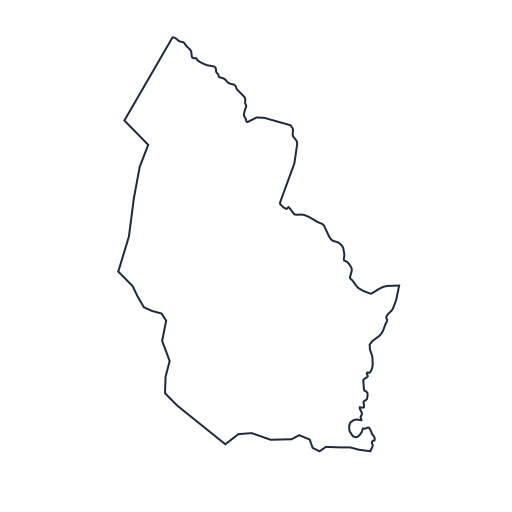 outline of Chari-Baguirmi, rotated 195°
{"feature_id": "TCD-5580", "entity_name": "Chari-Baguirmi", "entity_type": "Prefecture", "adm_level": 1, "iso_a3": "TCD", "parent_name": "Chad", "parent_adm1": "", "projection": "natural_earth1", "projection_center": [15.896, 11.139], "detail": "fine", "context": "isolated", "style": "outline", "palette": "slate", "viewbox_px": 512, "rotation_deg": 195, "n_neighbors": 0, "source": "natural_earth", "source_scale": "10m", "svg_char_len": 3387}
<svg xmlns="http://www.w3.org/2000/svg" viewBox="0 0 512 512"><g transform="rotate(195 256 256)"><path d="M102.4,119.4L100.6,117.8L97.9,114.2L94.8,111.7L94.2,110.8L93.8,108.7L94.4,108.0L95.3,107.8L95.8,106.8L95.7,105.4L95.1,104.6L94.5,104.0L94.2,102.9L94.2,101.2L94.8,98.8L95.0,97.0L106.5,95.5L115.3,95.5L126.5,92.6L139.1,89.7L144.1,83.8L151.6,85.3L156.6,92.6L167.9,94.1L174.2,88.2L194.3,82.3L214.3,83.8L226.9,79.4L236.9,66.2L293.3,91.1L308.4,99.9L312.1,116.0L312.2,132.1L318.4,140.9L324.7,149.7L326.0,170.2L332.3,176.0L342.3,176.0L351.1,177.5L359.9,186.3L367.4,195.0L385.0,205.3L383.8,241.9L388.9,279.9L391.4,312.1L388.9,335.5L418.2,352.8L393.2,445.6L391.4,445.8L390.4,445.6L389.3,445.3L387.6,444.3L385.9,443.7L384.2,443.5L382.4,443.7L381.6,443.7L380.7,443.3L379.5,442.3L377.2,440.6L372.8,438.1L371.9,437.2L371.5,436.7L371.2,436.0L369.6,432.0L369.2,431.5L368.7,431.1L368.0,430.9L366.9,431.0L365.5,431.5L364.9,431.5L364.4,431.2L364.2,430.6L362.9,429.8L360.7,429.0L356.2,428.0L352.6,427.6L351.9,427.7L345.7,428.2L344.9,428.0L344.0,427.5L343.1,426.3L342.2,423.6L341.7,423.2L340.1,422.0L339.2,421.1L338.5,420.0L338.2,419.5L337.8,419.2L334.2,419.2L331.7,418.6L330.7,418.1L328.5,416.5L327.5,416.0L324.2,415.7L322.3,415.9L321.5,415.8L320.6,415.4L319.4,414.5L318.8,413.7L318.4,413.0L317.9,412.3L317.1,411.7L308.8,406.9L307.8,406.0L307.4,405.5L307.1,405.0L306.8,404.3L306.2,401.2L305.9,400.5L304.6,399.0L304.3,398.4L304.2,397.6L304.5,393.9L304.4,390.2L304.2,389.4L304.0,388.7L303.6,388.1L303.2,387.6L301.8,386.3L301.4,385.8L301.0,385.2L300.7,384.6L300.4,384.0L300.0,383.4L299.4,383.2L298.7,383.3L291.2,390.0L283.7,391.6L256.5,391.2L253.7,388.9L252.8,387.2L252.4,384.7L251.9,382.6L251.4,381.5L250.8,380.8L250.3,380.4L248.4,379.2L247.5,378.5L246.2,377.1L245.5,375.9L245.1,374.1L242.9,355.3L246.6,314.0L246.5,313.4L246.0,312.3L241.9,310.0L238.7,309.3L237.3,311.6L236.2,311.1L229.7,306.1L227.4,306.4L222.7,307.8L219.9,308.1L215.2,307.5L205.3,304.7L200.6,304.2L198.2,303.0L190.9,294.3L188.4,291.9L186.4,290.8L184.3,290.5L181.3,290.5L179.3,290.1L177.2,289.1L175.4,287.9L174.0,286.6L172.1,282.7L171.0,280.1L170.6,278.2L170.4,275.5L169.7,274.5L168.4,274.3L166.4,273.8L164.5,272.7L162.3,270.9L160.4,268.8L159.7,266.4L159.7,259.3L158.4,258.2L157.4,257.8L156.4,257.3L152.1,253.6L149.9,252.2L148.7,251.5L143.0,250.0L136.5,249.3L135.7,249.3L135.0,249.5L134.4,249.9L134.0,250.3L133.2,251.4L132.7,251.9L131.7,252.7L129.1,255.7L125.1,259.1L123.4,260.1L121.0,261.2L110.1,264.5L109.2,249.8L110.1,240.9L110.7,238.7L113.5,233.9L114.3,231.6L114.2,230.1L113.7,229.3L113.0,228.7L112.7,227.6L112.7,226.0L113.3,223.8L114.0,216.3L114.8,213.5L116.0,211.0L121.6,203.9L123.3,199.9L121.8,195.3L118.4,190.2L117.1,187.7L115.2,181.3L114.8,178.4L115.0,175.6L116.0,172.6L116.4,172.4L117.2,172.5L118.1,172.4L118.6,171.7L118.4,170.8L117.1,169.3L116.9,168.7L117.6,167.4L119.6,165.2L120.3,163.8L117.3,155.5L116.5,154.0L114.4,153.7L112.9,152.5L112.1,150.2L111.8,146.6L112.4,145.5L113.6,144.3L114.4,143.1L114.0,141.7L113.5,140.9L112.9,139.4L112.6,138.0L113.1,137.3L116.6,136.7L116.1,135.1L114.0,133.0L112.7,130.9L113.0,129.2L113.3,128.1L113.2,127.2L112.3,126.0L111.7,124.7L115.2,124.3L117.5,123.8L119.5,122.4L121.7,119.7L122.1,116.4L121.3,113.4L119.9,110.6L117.6,108.6L115.8,107.0L112.8,106.7L111.1,107.6L109.3,110.4L108.3,113.4L108.1,117.1L105.9,117.4L103.8,119.2L102.4,119.4Z" fill="none" stroke="#1e293b" stroke-width="2"/></g></svg>